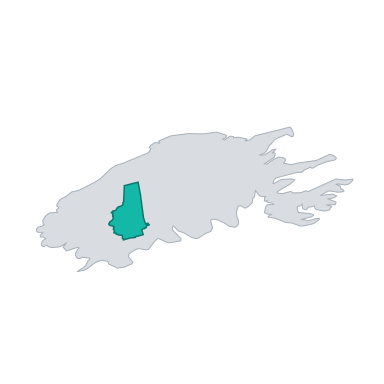 Skútustaðahreppur, Norðurland eystra, Iceland (highlighted), rotated 168°
{"feature_id": "244011B58365339597746", "entity_name": "Skútustaðahreppur", "entity_type": "district", "adm_level": 2, "iso_a3": "ISL", "parent_name": "Iceland", "parent_adm1": "Norðurland eystra", "projection": "natural_earth1", "projection_center": [-16.6, 65.112], "detail": "fine", "context": "in_parent", "style": "filled", "palette": "teal", "viewbox_px": 384, "rotation_deg": 168, "n_neighbors": 0, "source": "geoboundaries", "source_scale": "gbopen_adm2", "svg_char_len": 7072}
<svg xmlns="http://www.w3.org/2000/svg" viewBox="0 0 384 384"><g transform="rotate(168 192 192)"><path d="M293.5,143.8L296.8,143.9L302.3,142.7L310.1,138.9L313.4,138.0L321.0,138.0L311.8,141.7L308.5,145.7L305.9,147.7L306.0,148.6L312.5,151.0L315.6,150.2L317.0,150.5L318.2,151.7L319.1,153.9L318.5,156.3L316.7,158.7L314.2,160.7L314.5,161.3L316.6,161.6L327.3,160.4L328.5,163.4L329.5,164.3L329.2,165.3L325.0,168.5L330.0,166.5L333.9,165.9L340.7,166.9L343.5,168.1L345.2,170.1L348.5,169.4L350.1,170.6L350.2,171.8L348.7,175.1L344.7,176.8L347.2,179.2L349.2,179.3L349.6,179.8L349.4,181.3L346.3,183.0L351.5,184.9L352.1,185.6L351.9,187.7L351.0,188.9L349.5,189.7L345.8,189.8L343.5,190.6L344.3,191.9L343.7,195.5L340.8,198.5L338.1,200.1L335.4,201.2L328.0,200.0L328.4,202.6L325.7,204.2L326.2,205.5L327.2,206.2L326.7,207.9L323.4,211.4L321.0,212.6L316.3,213.9L309.4,217.1L302.5,217.1L285.4,221.7L278.7,224.2L266.6,231.7L261.5,233.6L252.8,234.6L226.5,239.5L223.5,242.4L223.4,243.1L224.6,244.2L222.6,246.3L218.6,247.8L216.7,247.8L213.5,246.5L213.0,247.1L214.3,248.7L201.4,251.3L183.7,249.9L168.0,246.3L155.5,245.5L146.8,240.5L146.6,239.7L147.6,238.1L150.8,237.5L149.3,235.9L143.9,238.6L142.2,238.5L139.9,237.5L139.9,236.4L135.5,236.0L127.9,232.8L127.3,232.0L129.2,231.0L128.9,230.8L124.7,230.9L118.6,233.9L82.8,235.1L81.6,233.5L80.4,227.7L81.7,225.3L83.2,225.5L87.2,228.8L96.9,227.0L100.8,225.7L104.5,222.6L106.6,221.6L109.7,217.6L112.7,215.1L118.8,214.0L113.4,213.2L104.3,216.5L101.2,216.5L102.7,215.0L105.8,213.5L103.7,213.4L102.9,212.7L102.9,211.2L104.5,208.8L115.3,204.5L112.8,203.7L105.4,207.0L100.0,208.1L95.6,206.6L93.6,204.6L93.8,203.7L96.4,201.2L96.1,200.7L94.3,200.4L89.7,198.1L82.2,198.3L63.8,197.0L49.7,200.2L46.4,198.7L43.8,195.5L44.4,194.2L46.9,193.5L53.7,193.6L63.8,192.1L68.5,190.2L70.2,190.7L71.0,191.6L77.2,190.2L80.6,188.5L86.1,189.3L107.0,188.4L109.7,186.3L110.9,183.7L110.4,183.2L102.7,185.5L101.0,185.5L92.2,184.2L89.0,182.8L90.1,181.7L94.9,179.2L107.0,175.1L108.7,174.3L108.9,173.3L104.2,171.6L95.2,172.0L93.0,170.0L85.6,168.7L80.6,169.5L78.1,168.3L48.5,174.8L39.2,171.8L32.4,171.3L31.9,170.4L36.0,167.5L38.7,167.0L41.4,167.2L46.5,169.2L50.0,169.9L45.7,166.9L45.6,164.1L44.2,163.4L43.0,161.5L43.6,160.9L48.9,161.3L57.3,164.5L61.6,163.9L67.1,161.9L54.9,160.7L51.3,158.1L54.0,156.8L60.3,156.9L53.5,152.5L53.2,151.8L54.5,149.8L63.2,151.5L58.7,148.9L58.6,148.3L60.0,147.8L60.7,146.2L63.0,145.6L67.4,146.1L74.2,149.2L75.1,150.0L75.3,153.1L78.0,152.6L81.2,153.0L84.0,150.9L85.8,151.4L87.2,153.3L86.9,157.4L88.8,156.0L92.0,155.9L92.7,152.5L92.2,149.8L81.8,146.7L77.7,144.4L78.2,143.6L80.3,142.9L91.3,142.4L86.7,141.1L85.5,139.7L77.2,140.2L73.0,139.7L73.0,139.0L74.7,137.9L79.8,135.8L89.4,135.6L93.3,136.2L100.5,140.8L106.4,142.7L116.1,149.0L122.4,151.4L122.7,152.1L121.6,152.8L119.1,153.6L122.9,154.7L125.1,156.4L125.3,157.1L123.0,162.2L120.6,163.8L114.7,162.9L116.0,164.5L120.2,166.2L121.1,167.2L120.5,168.1L122.5,167.8L123.1,168.4L122.1,171.3L121.0,172.3L124.5,172.9L126.9,174.3L129.6,180.2L131.4,175.7L132.2,174.0L133.7,173.4L135.5,168.8L139.6,166.2L143.3,165.1L147.0,168.3L149.8,168.6L152.8,163.0L153.2,158.9L152.5,154.4L153.1,151.2L155.0,149.2L157.5,148.6L162.7,150.6L167.0,155.1L173.6,159.9L178.2,161.2L179.0,161.0L179.8,159.4L179.3,153.0L181.5,149.6L187.0,148.7L195.3,145.6L197.2,145.5L201.3,147.3L208.5,153.8L213.7,156.8L216.4,161.6L217.6,162.5L218.7,161.0L218.9,158.8L212.7,148.9L212.6,147.6L213.2,146.5L224.6,147.0L227.1,148.1L234.9,153.8L238.8,151.5L246.6,144.8L249.2,145.0L255.8,147.7L258.4,147.5L266.0,145.0L267.7,141.9L264.4,135.6L265.8,134.3L272.9,132.7L280.6,133.0L288.5,138.9L288.8,141.6L293.5,143.8Z" fill="#d9dde1" stroke="#a8b0b8" stroke-width="1"/><path d="M257.0,159.4L257.0,160.0L251.9,160.2L251.0,160.3L249.3,160.4L248.6,160.5L249.0,165.6L248.4,165.7L248.4,165.8L248.2,166.0L247.5,166.2L246.8,166.2L246.6,166.1L246.1,166.1L246.1,166.3L246.0,166.5L244.4,166.6L244.2,166.7L244.0,167.3L243.4,167.9L243.4,168.0L243.5,168.0L243.8,168.2L243.8,168.3L243.0,168.9L242.8,168.9L242.2,169.1L242.0,168.9L241.9,168.9L241.9,168.7L241.7,168.7L241.4,168.6L241.2,168.5L241.1,168.8L240.9,168.9L241.0,169.2L240.9,169.2L241.2,169.8L241.2,170.0L241.4,170.2L241.6,170.6L243.9,170.4L244.1,171.3L244.3,171.9L244.8,177.0L244.5,180.8L243.5,193.7L243.0,199.8L242.7,212.8L256.9,212.3L258.8,204.7L260.8,197.2L260.7,197.1L260.6,196.9L260.7,196.7L260.8,196.6L261.0,196.4L261.3,196.2L261.5,196.2L261.7,195.9L261.8,195.8L261.8,195.5L261.9,195.2L262.0,195.0L262.1,194.7L262.0,194.4L262.1,194.2L262.4,193.9L262.5,193.7L263.0,193.4L263.4,193.3L263.8,193.1L264.2,193.1L264.4,193.0L264.8,193.0L265.2,192.9L265.5,192.8L265.9,192.8L266.5,192.7L266.9,192.7L267.3,192.7L267.7,192.6L267.8,192.5L267.8,192.4L268.2,192.2L268.3,192.0L268.6,191.9L268.8,191.7L269.0,191.4L269.3,191.1L269.5,190.9L269.6,190.6L269.8,190.5L270.1,190.2L270.4,190.1L270.8,189.9L271.1,189.9L271.8,189.8L272.3,189.8L272.9,189.7L273.0,189.8L273.3,189.9L273.4,189.7L273.5,189.5L273.7,189.4L273.8,189.3L274.0,189.2L274.2,188.9L274.3,188.8L274.3,188.7L274.6,188.8L274.6,188.7L274.4,188.6L274.6,188.4L274.7,188.2L274.8,188.2L274.7,188.1L274.4,188.1L274.2,188.1L273.9,187.9L273.8,187.6L273.9,187.4L274.0,187.2L274.2,186.9L274.3,186.7L274.4,186.4L274.4,186.0L274.4,185.9L274.4,185.7L274.3,185.3L274.2,185.3L274.3,185.1L274.3,184.9L274.5,184.8L274.6,184.7L274.6,184.4L274.4,184.2L274.2,184.0L274.1,183.9L274.1,183.7L274.3,183.5L274.3,183.4L274.4,183.2L274.4,182.9L274.5,182.7L274.8,182.3L274.8,182.2L275.0,182.1L275.2,181.9L275.3,181.7L275.5,181.5L275.7,181.1L275.8,181.0L275.9,180.9L276.1,180.9L276.3,180.8L276.4,180.7L276.5,180.7L277.0,180.6L277.3,180.4L277.5,180.2L277.8,180.1L278.0,180.0L278.6,179.9L278.8,179.7L279.0,179.4L279.0,179.1L279.2,178.9L279.2,178.7L279.3,178.4L279.6,178.3L279.9,178.2L280.0,178.1L280.0,177.9L280.1,177.7L279.7,177.3L279.6,177.2L279.6,176.9L279.5,176.7L278.9,176.3L278.7,176.1L278.1,175.7L277.2,175.4L276.5,175.2L276.3,175.2L276.2,175.1L276.1,174.8L276.1,174.7L275.9,174.5L275.8,174.4L275.7,174.3L275.6,174.2L275.6,173.9L275.5,173.7L275.6,173.4L275.8,173.3L276.0,173.3L276.2,173.2L276.1,172.9L276.2,172.7L276.2,172.4L276.3,172.3L276.5,172.2L276.7,171.9L276.5,171.7L276.4,171.7L276.4,171.3L276.3,171.2L276.2,171.2L276.1,170.8L276.0,170.7L276.1,170.4L276.1,170.2L276.0,169.9L276.1,169.7L276.3,169.4L276.6,169.1L276.8,168.8L276.8,168.7L276.9,168.4L276.8,168.2L276.6,168.1L275.9,167.8L275.5,167.7L275.2,167.6L274.8,167.4L274.7,167.3L274.7,167.2L274.8,167.0L274.9,166.8L274.9,166.7L274.5,166.6L274.4,166.6L274.4,166.4L274.3,166.2L273.9,166.1L273.6,166.0L273.3,165.7L273.2,165.5L273.1,165.4L272.5,165.2L271.2,164.7L270.9,164.6L270.6,164.5L270.5,164.4L270.4,164.4L269.8,164.3L269.7,164.3L269.6,164.2L269.4,164.1L269.3,163.9L269.2,163.9L269.2,163.6L269.1,163.0L269.1,162.9L269.1,162.7L269.3,162.5L269.4,162.4L269.4,162.2L269.5,162.1L269.6,161.9L269.7,161.5L269.7,161.3L269.7,161.1L269.7,160.9L269.4,160.8L269.1,160.6L268.9,160.5L268.8,160.4L269.0,160.2L269.0,159.9L268.9,159.8L268.9,159.7L269.0,159.5L269.0,159.4L262.1,159.9L258.9,159.5L257.0,159.4Z" fill="#14b8a6" stroke="#0f766e" stroke-width="1.5"/></g></svg>